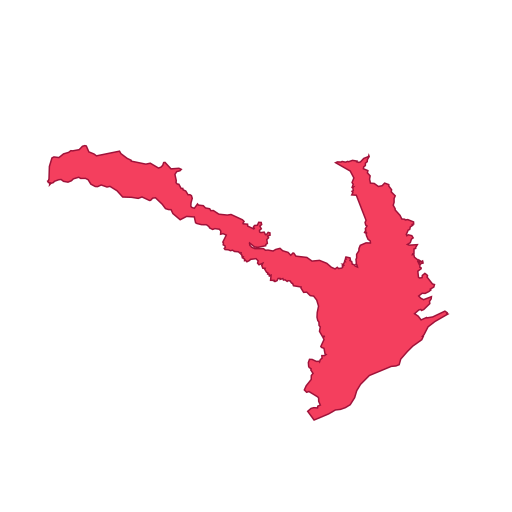 the district of Rioviejo, Bolívar, Colombia, rotated 65°
{"feature_id": "7082276B23720566287861", "entity_name": "Rioviejo", "entity_type": "district", "adm_level": 2, "iso_a3": "COL", "parent_name": "Colombia", "parent_adm1": "Bolívar", "projection": "natural_earth1", "projection_center": [-74.045, 8.431], "detail": "fine", "context": "isolated", "style": "filled", "palette": "rose", "viewbox_px": 512, "rotation_deg": 65, "n_neighbors": 0, "source": "geoboundaries", "source_scale": "gbopen_adm2", "svg_char_len": 6152}
<svg xmlns="http://www.w3.org/2000/svg" viewBox="0 0 512 512"><g transform="rotate(65 256 256)"><path d="M351.1,230.3L357.2,229.8L357.4,228.2L358.0,228.2L357.8,229.7L360.5,229.7L365.4,235.5L366.6,235.2L368.4,233.4L373.9,234.8L374.9,234.1L375.2,236.0L374.1,238.4L376.6,239.4L377.0,241.4L378.9,243.2L378.0,243.4L377.0,245.9L373.4,248.9L372.3,251.2L374.7,253.6L378.2,254.9L379.5,254.9L381.5,253.7L382.6,254.5L386.5,253.9L387.7,256.4L391.2,258.1L394.8,265.3L397.8,268.8L400.9,267.7L401.2,265.3L409.8,259.6L411.2,259.3L414.2,260.6L418.3,260.7L418.2,263.5L419.7,264.4L417.9,267.7L417.4,270.5L418.6,274.8L429.2,272.7L429.8,256.9L429.1,249.1L430.7,244.3L431.2,239.1L430.6,233.5L426.1,226.5L420.6,221.6L416.5,215.5L412.2,203.8L413.2,180.1L414.8,175.6L415.0,172.2L410.6,168.4L406.5,159.1L403.9,151.9L401.9,141.1L399.7,138.5L399.2,139.1L398.4,137.1L392.9,130.0L391.0,121.6L389.7,106.6L388.8,107.4L388.2,106.7L385.8,108.1L385.9,121.6L384.3,127.3L383.8,127.4L383.7,133.4L379.1,134.4L375.3,136.7L373.7,131.2L374.1,129.2L375.3,129.0L375.4,126.6L372.6,118.6L370.4,117.9L368.9,115.4L367.0,114.2L366.4,122.6L363.9,124.5L361.0,125.5L360.0,121.2L361.4,118.5L361.3,114.4L360.7,111.9L359.7,112.1L359.3,108.0L357.3,106.3L355.9,107.9L347.3,109.9L346.5,108.9L345.3,109.1L343.1,110.3L343.9,113.5L345.8,114.6L345.1,117.1L343.9,117.7L338.2,115.8L337.3,111.7L336.3,111.4L335.4,112.3L333.4,111.3L332.6,109.5L333.0,107.6L332.0,107.3L330.9,107.1L331.1,108.4L329.2,109.6L330.4,109.7L331.9,111.6L330.7,111.6L330.8,110.6L330.1,110.0L330.3,110.5L329.4,111.2L329.7,112.1L328.3,110.8L324.1,112.9L321.3,112.4L320.9,113.7L320.3,113.1L320.7,111.9L316.4,109.8L316.6,108.1L315.8,107.8L313.9,105.0L310.9,112.6L309.5,113.9L309.1,110.5L306.4,108.0L306.0,105.9L303.4,106.2L301.1,109.1L301.4,110.7L300.0,110.7L296.8,107.1L296.9,105.5L294.8,103.8L294.4,101.0L293.4,101.1L293.7,99.6L291.7,98.8L287.1,103.1L286.4,105.5L285.5,105.7L284.1,108.2L280.0,108.3L273.1,110.4L271.8,109.9L268.0,110.2L265.6,108.1L262.3,106.6L260.3,104.4L255.1,106.3L253.2,105.1L248.9,106.1L247.4,105.5L244.3,108.6L245.6,112.0L244.7,115.7L240.2,118.2L238.3,121.5L234.4,120.6L231.6,118.7L227.7,119.9L225.9,118.5L222.3,121.8L220.6,120.6L220.3,118.7L218.1,117.6L217.5,115.3L215.8,114.4L213.7,111.4L212.6,111.3L213.4,112.0L213.1,117.1L214.9,121.6L214.6,123.3L213.2,124.9L212.7,124.3L210.1,128.1L209.7,132.2L209.0,132.9L208.8,135.2L206.7,138.0L206.8,139.2L205.1,142.5L205.1,144.4L218.8,134.7L226.6,134.3L230.0,137.9L232.1,137.6L234.3,139.8L234.6,138.6L234.9,139.4L237.9,140.2L237.9,141.7L239.5,141.4L241.1,143.4L243.3,139.4L270.2,141.2L271.7,143.0L274.4,143.5L275.7,142.7L277.6,145.5L278.9,145.5L280.6,147.7L281.5,146.9L281.2,146.1L281.9,146.0L282.3,146.8L284.4,147.3L288.3,147.4L290.5,146.1L292.0,146.5L292.6,146.8L290.6,150.7L290.4,157.0L292.7,159.5L294.8,160.6L297.0,164.1L300.3,165.6L301.3,166.8L305.2,168.2L305.7,169.0L306.7,168.3L308.9,168.7L307.0,170.4L305.3,170.8L304.1,172.2L301.4,171.6L299.8,172.8L299.2,172.0L297.4,171.6L294.9,174.9L295.9,175.9L296.9,175.6L296.9,176.6L298.0,177.8L298.8,177.6L298.6,178.1L300.4,180.2L300.0,181.1L301.0,180.6L301.3,181.5L301.7,180.9L302.0,182.0L302.9,182.3L303.2,183.5L302.2,186.5L300.6,187.1L301.1,189.8L298.0,192.5L292.6,194.9L286.8,200.3L284.3,207.4L278.8,210.5L273.0,219.9L269.5,220.5L268.9,221.2L270.0,224.2L266.3,225.4L262.5,229.6L259.2,231.0L258.4,235.4L258.7,238.4L255.7,242.6L254.8,245.0L252.5,246.1L248.8,254.0L246.2,256.3L243.5,257.1L243.2,256.9L241.6,256.5L241.4,256.3L247.2,253.4L248.9,250.6L250.8,242.9L249.7,242.2L249.4,240.4L245.7,239.3L244.8,236.9L242.8,237.1L243.1,234.5L240.9,233.6L239.7,235.0L240.9,237.2L240.7,238.4L237.8,238.5L236.8,241.8L235.8,242.6L234.2,242.0L233.6,239.7L230.5,239.9L229.9,237.6L227.8,237.1L226.6,239.3L228.7,241.8L227.7,244.5L228.7,246.1L230.3,245.9L230.5,246.6L225.4,250.9L223.6,250.2L221.4,254.0L220.7,253.9L219.6,252.2L217.4,253.0L207.8,261.1L206.8,264.7L202.4,272.0L196.8,275.4L195.8,277.8L193.6,278.0L191.1,281.5L188.1,282.5L185.5,286.7L184.1,287.0L186.7,291.7L184.7,293.8L183.3,294.0L180.3,292.4L176.8,289.4L174.0,289.0L172.5,290.0L171.8,291.7L167.4,292.2L165.2,294.1L163.8,293.8L163.1,295.3L158.3,295.6L157.6,296.9L155.7,297.5L154.0,296.4L147.8,295.0L146.0,292.2L146.6,288.9L145.9,287.1L143.9,288.8L141.1,296.2L132.7,298.9L132.3,300.2L134.4,302.2L135.3,304.6L135.1,307.2L127.2,312.6L126.2,317.0L117.3,329.0L116.5,328.7L113.1,331.5L106.1,335.2L103.3,335.4L97.8,358.3L95.1,359.7L91.0,363.5L84.6,363.3L83.6,364.5L83.2,366.9L84.9,371.3L83.2,377.8L82.3,379.3L82.9,382.0L82.1,387.3L83.5,393.0L80.8,397.3L80.9,399.5L87.5,405.4L98.6,411.0L100.0,412.3L100.1,413.2L101.8,413.1L102.5,411.8L104.2,412.9L103.5,411.2L103.8,408.5L103.1,407.2L103.5,402.5L104.3,400.3L107.0,398.9L109.6,395.2L109.8,391.5L108.9,388.9L109.7,383.4L111.6,382.1L113.6,377.7L115.9,375.9L121.1,375.3L125.1,372.3L126.2,370.2L126.2,366.3L130.5,361.9L131.2,358.9L138.1,354.4L146.2,351.9L150.2,344.0L154.0,338.4L154.3,334.4L160.7,329.0L161.0,328.0L159.9,325.2L160.7,322.5L169.5,319.1L174.8,318.0L177.0,315.6L178.1,313.4L182.4,313.4L191.1,309.4L190.8,302.2L194.5,295.4L200.3,296.7L201.5,295.9L204.6,292.1L206.7,287.7L209.5,286.2L210.9,286.2L213.6,284.1L213.8,281.7L216.3,277.8L218.6,277.4L221.3,278.9L221.8,276.4L224.5,274.1L229.4,280.2L230.2,279.9L232.0,281.0L233.5,279.9L235.2,280.1L235.7,281.6L237.1,281.3L238.7,278.4L240.4,276.9L240.8,274.8L242.8,273.6L244.8,270.1L246.5,269.5L246.9,268.8L246.2,267.8L248.2,268.9L248.8,268.4L250.3,268.8L251.3,267.9L251.8,269.1L253.8,267.7L255.3,268.3L255.2,267.5L257.4,266.7L257.3,263.6L256.7,262.5L258.4,257.1L261.3,256.1L263.1,257.6L265.2,257.0L265.4,252.9L267.0,254.8L270.0,255.0L271.0,253.0L271.5,253.7L275.2,253.3L276.1,252.4L277.3,253.1L278.2,251.8L280.2,252.7L279.5,251.8L279.7,250.4L284.2,253.1L285.8,249.8L286.7,250.2L287.2,249.5L287.2,247.3L285.7,245.5L286.1,244.4L286.6,243.6L287.4,244.0L287.8,241.2L289.4,241.3L289.9,239.7L292.2,238.5L291.9,237.4L292.9,235.7L295.6,235.2L296.3,234.4L298.8,234.6L303.2,228.2L304.0,228.8L309.1,228.2L310.2,225.3L314.8,223.6L316.7,220.7L321.6,219.6L327.9,220.5L333.1,224.4L337.3,226.6L340.6,227.3L342.5,226.9L345.6,228.2L347.4,227.7L351.1,230.3Z" fill="#f43f5e" stroke="#9f1239" stroke-width="1.5"/></g></svg>